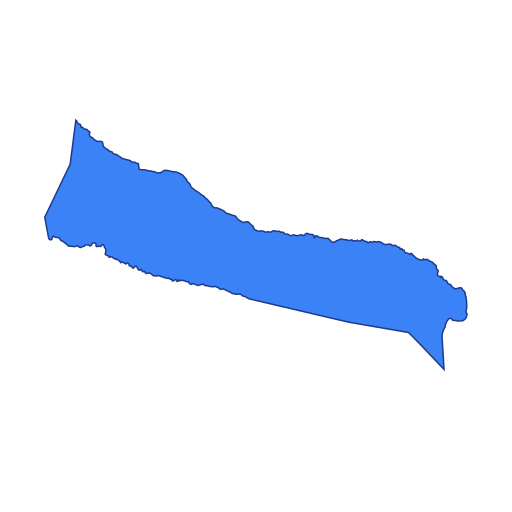 Boquerón, Chiriquí, Panama (Albers equal-area conic projection), rotated 112°
{"feature_id": "35544464B36404447942008", "entity_name": "Boquerón", "entity_type": "district", "adm_level": 2, "iso_a3": "PAN", "parent_name": "Panama", "parent_adm1": "Chiriquí", "projection": "albers", "projection_center": [-82.58, 8.629], "detail": "fine", "context": "isolated", "style": "filled", "palette": "blue", "viewbox_px": 512, "rotation_deg": 112, "n_neighbors": 0, "source": "geoboundaries", "source_scale": "gbopen_adm2", "svg_char_len": 6084}
<svg xmlns="http://www.w3.org/2000/svg" viewBox="0 0 512 512"><g transform="rotate(112 256 256)"><path d="M299.2,466.4L316.9,455.1L317.8,454.2L318.1,453.3L317.8,452.2L317.4,451.7L314.2,451.6L313.7,451.5L313.5,451.1L313.8,449.1L312.9,445.5L314.6,442.9L314.9,441.3L314.7,440.3L315.6,437.9L315.9,436.2L317.0,433.6L315.3,427.8L314.9,427.1L313.2,425.4L313.3,424.9L314.0,423.5L313.9,422.0L313.7,421.6L312.4,420.5L311.4,419.0L310.9,418.7L309.9,418.5L309.4,417.9L308.5,415.4L308.9,413.8L308.6,413.3L307.7,412.8L305.2,412.3L304.7,411.8L304.3,410.3L304.6,409.3L305.1,408.6L306.7,408.1L307.0,407.4L305.9,405.5L305.4,403.7L304.7,403.3L303.1,402.9L302.8,402.3L303.2,401.1L304.6,399.7L306.4,397.5L308.0,397.0L310.5,396.6L311.0,396.3L311.2,395.7L311.3,392.6L312.2,391.6L312.0,391.1L311.1,390.5L310.8,389.7L310.8,389.1L311.5,387.0L311.4,385.7L311.2,385.3L311.6,384.8L311.6,384.3L311.1,383.6L311.0,382.9L311.8,381.3L312.0,380.1L312.9,379.1L311.6,377.6L311.9,376.6L311.8,374.7L312.2,373.9L311.9,373.4L310.9,373.1L310.6,372.3L311.1,370.7L312.6,369.8L311.9,368.4L312.6,367.4L313.3,365.3L313.1,365.0L311.8,364.8L310.2,363.5L310.7,362.3L312.3,360.8L312.8,359.4L312.9,358.8L312.7,358.3L311.5,357.6L311.4,357.4L311.9,356.5L313.0,355.6L312.9,354.9L312.0,353.5L313.1,352.5L313.4,351.4L312.1,349.4L311.7,348.0L311.7,346.9L312.5,344.5L312.7,343.3L312.5,342.6L312.0,341.9L311.7,340.3L310.5,339.1L310.6,335.8L310.4,334.7L310.0,333.9L310.1,333.5L310.4,333.3L310.5,332.6L309.8,330.8L310.0,330.2L309.9,329.6L309.1,328.8L309.7,327.4L309.2,325.1L309.5,324.7L310.3,324.6L310.3,323.9L309.8,323.0L308.3,322.2L307.8,321.8L307.9,321.2L309.0,320.1L309.1,319.5L308.5,318.7L307.0,318.4L307.5,317.1L306.8,316.6L306.1,315.6L306.1,314.2L305.6,312.9L305.9,311.1L305.3,309.6L305.3,308.7L306.4,307.6L306.7,305.6L305.0,303.6L305.2,301.5L305.0,299.8L305.1,298.5L304.2,297.7L301.9,294.5L302.0,293.5L302.5,292.6L302.5,291.8L302.0,290.7L301.4,286.6L300.6,284.3L299.3,281.8L299.6,280.3L299.3,279.2L300.1,277.8L300.2,276.3L300.0,275.9L298.8,274.5L299.0,272.9L298.6,271.5L299.1,270.6L298.9,269.0L299.2,268.2L299.1,265.7L299.8,264.0L299.2,262.4L299.2,260.9L298.8,260.3L298.8,259.7L298.0,258.6L297.5,256.4L297.2,255.8L298.0,253.4L298.0,252.4L297.6,250.7L298.2,248.1L298.3,246.3L282.6,145.0L269.8,85.9L274.5,74.9L290.7,39.2L260.4,53.6L257.9,54.2L255.8,54.4L254.0,54.4L251.2,54.1L248.4,54.6L246.8,54.7L244.8,54.5L242.1,53.8L241.0,52.5L240.8,51.5L241.8,49.8L241.9,49.2L241.2,47.5L240.8,44.8L238.8,40.4L238.3,39.8L236.7,38.8L234.9,38.1L233.3,38.1L231.7,38.5L230.9,38.5L230.5,38.7L229.6,40.1L229.2,40.4L224.4,41.4L223.5,41.8L222.9,42.3L221.6,42.6L219.0,44.0L217.6,44.5L216.6,45.4L215.3,45.9L213.5,47.5L212.3,47.9L211.8,48.6L211.1,49.1L210.3,50.5L210.1,51.7L209.2,52.5L208.6,54.2L208.9,54.9L211.4,58.2L211.8,59.1L211.9,59.7L211.4,60.8L211.5,61.4L211.0,63.1L209.9,64.2L209.6,67.9L208.5,69.0L207.5,70.3L207.8,71.4L207.7,73.4L206.8,74.0L206.6,74.6L205.6,75.5L205.5,76.7L206.2,76.6L206.5,76.8L206.2,77.7L206.1,80.0L205.7,80.7L205.3,81.0L201.6,81.4L201.1,81.9L200.9,82.9L200.5,83.2L199.9,84.2L199.3,84.6L198.1,84.8L197.7,85.1L197.2,85.9L196.9,87.4L196.2,88.7L195.7,90.2L195.6,93.6L195.3,94.0L195.4,95.1L194.9,96.2L195.0,96.5L195.8,97.0L196.1,98.4L196.0,99.7L197.2,100.0L197.6,100.4L198.2,103.5L198.1,105.8L197.5,107.9L196.1,111.4L195.3,112.7L195.7,113.4L196.8,113.5L197.0,113.7L196.5,115.6L197.0,118.9L196.7,119.7L195.4,120.6L195.1,121.1L195.6,122.5L194.7,123.3L194.6,123.6L195.6,124.8L195.3,125.3L194.2,126.1L194.6,127.4L194.6,128.3L193.9,130.6L194.0,131.3L194.8,132.2L195.0,132.6L194.9,133.5L195.2,134.0L194.6,135.3L195.0,137.0L195.8,138.1L197.1,140.8L197.0,142.8L196.5,144.5L196.6,147.6L197.8,149.3L197.9,150.3L198.3,151.1L198.5,152.4L199.7,153.3L199.9,155.3L200.6,156.2L201.6,156.6L201.7,156.8L201.7,157.9L201.1,158.8L201.7,160.2L201.3,161.1L201.4,162.1L201.1,163.9L201.4,164.2L202.8,164.5L203.7,166.6L203.3,167.8L204.6,168.6L204.6,169.6L205.8,171.9L205.2,172.7L205.1,173.3L206.5,175.0L206.8,175.7L207.1,178.2L207.8,180.5L208.4,183.8L210.5,185.7L211.8,187.2L213.2,187.9L214.4,189.6L214.5,191.3L213.0,194.6L212.7,196.0L213.5,197.6L214.1,199.9L214.2,201.6L215.0,204.1L215.0,204.8L214.5,206.8L214.6,207.5L215.0,208.2L216.5,208.4L217.2,208.7L216.8,209.3L215.3,210.0L215.0,211.1L215.0,212.0L215.9,214.4L215.7,216.5L216.5,218.2L218.6,218.8L219.1,219.1L219.2,220.9L219.5,222.1L219.9,222.9L221.1,224.4L222.2,226.3L222.1,228.0L222.4,229.4L223.6,230.3L224.2,231.7L224.3,232.5L223.8,234.8L224.6,236.3L224.7,237.4L223.9,239.3L223.8,240.0L224.1,240.8L224.9,242.1L224.4,242.8L224.3,243.6L225.2,245.4L225.9,249.0L226.6,250.0L228.1,251.0L228.6,251.7L229.1,254.3L229.8,255.0L230.3,256.4L230.4,257.2L230.2,258.3L230.8,260.7L231.1,261.4L232.1,262.5L232.3,263.6L232.0,265.4L232.2,265.7L232.2,266.1L231.9,267.3L231.1,268.5L229.7,269.6L228.4,273.5L227.3,275.5L227.6,276.9L228.0,277.9L229.9,280.9L229.6,282.0L229.0,285.8L228.4,287.2L226.9,289.5L226.7,290.1L227.2,295.2L227.1,297.0L227.5,299.6L226.7,301.4L226.2,303.4L225.9,308.4L226.1,310.6L226.8,312.2L226.8,313.5L226.1,315.4L224.4,317.2L223.7,318.3L223.5,319.2L221.7,322.5L221.2,324.8L220.0,326.9L219.8,329.0L218.5,333.5L217.9,337.0L217.0,340.3L215.9,342.6L214.1,344.1L212.6,347.6L210.8,349.5L210.2,351.0L208.6,353.9L208.1,356.8L207.9,358.9L208.0,361.1L208.8,364.1L209.6,367.8L209.6,369.1L210.4,372.0L210.7,372.7L213.1,374.8L214.8,375.7L215.2,377.3L215.9,378.2L216.0,381.0L215.8,381.9L216.5,383.6L216.4,384.9L217.3,387.6L217.6,391.0L218.9,394.5L219.4,396.8L214.4,399.7L214.8,401.4L214.4,403.8L214.9,404.4L215.3,405.3L214.7,408.7L215.7,417.0L215.0,418.9L214.9,420.5L214.2,422.8L214.2,423.8L214.6,425.2L214.5,426.3L214.3,427.3L213.4,428.6L213.7,430.3L213.7,431.3L212.8,433.3L212.8,435.2L212.6,436.1L212.0,437.1L212.0,437.9L210.6,439.3L208.5,440.5L207.8,441.4L207.8,442.7L209.3,446.5L208.9,448.7L207.5,452.3L207.5,454.4L206.9,455.2L205.2,456.4L203.9,456.2L203.0,456.9L202.9,458.6L202.1,460.0L202.1,461.3L202.7,462.8L201.7,464.9L202.0,466.6L201.7,467.0L200.7,467.3L199.7,468.6L199.9,470.4L198.8,472.2L198.0,472.7L197.8,473.5L197.6,473.9L240.5,462.7L299.2,466.4Z" fill="#3b82f6" stroke="#1e3a8a" stroke-width="1.5"/></g></svg>